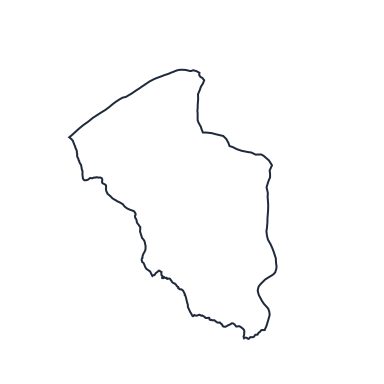 Phaxay, Xiangkhoang, Laos, rotated 31°
{"feature_id": "54806243B24491870004001", "entity_name": "Phaxay", "entity_type": "district", "adm_level": 2, "iso_a3": "LAO", "parent_name": "Laos", "parent_adm1": "Xiangkhoang", "projection": "equal_earth", "projection_center": [103.113, 19.269], "detail": "fine", "context": "isolated", "style": "outline", "palette": "slate", "viewbox_px": 384, "rotation_deg": 31, "n_neighbors": 0, "source": "geoboundaries", "source_scale": "gbopen_adm2", "svg_char_len": 6040}
<svg xmlns="http://www.w3.org/2000/svg" viewBox="0 0 384 384"><g transform="rotate(31 192 192)"><path d="M300.4,283.7L301.1,283.0L301.6,282.7L303.3,282.6L306.7,283.1L307.4,283.4L307.8,283.8L308.2,284.0L308.6,284.4L309.4,286.1L309.8,286.6L310.1,287.2L310.5,288.9L310.7,289.5L311.2,289.8L311.5,290.0L311.6,290.4L311.8,290.5L311.8,290.4L312.3,289.7L312.8,289.3L313.7,288.9L314.3,288.8L315.0,289.0L315.6,288.9L316.1,288.8L316.3,288.5L316.5,287.8L316.5,287.2L316.7,286.5L317.1,286.1L318.2,285.7L319.1,284.8L319.5,284.4L319.7,283.8L319.7,282.4L319.9,281.8L320.2,281.4L321.0,281.0L321.6,280.6L321.6,279.8L321.5,279.0L321.6,278.4L322.1,277.3L322.3,276.7L322.4,275.5L322.5,275.0L322.7,274.6L323.1,274.2L325.1,273.2L325.4,272.8L325.3,272.7L324.9,268.8L323.6,263.6L321.9,257.4L320.1,255.0L317.4,252.7L311.2,250.8L308.2,249.4L302.5,246.0L300.7,244.4L299.1,242.7L298.2,240.1L297.8,238.3L298.3,235.2L299.8,229.3L301.5,225.9L303.3,222.5L304.2,220.6L304.7,218.0L303.8,214.3L302.7,212.1L300.8,209.8L297.9,205.6L293.9,202.1L291.5,200.1L289.4,198.5L285.9,196.1L281.6,193.7L278.6,190.7L275.8,187.0L275.1,185.0L272.5,179.6L270.3,175.8L266.9,169.0L265.2,165.9L263.5,163.1L259.3,157.2L257.7,154.1L256.2,152.4L253.5,149.6L252.9,147.3L251.9,143.1L251.4,139.3L249.5,136.1L247.5,133.6L246.8,127.9L241.7,125.3L234.8,124.1L231.9,124.2L230.4,125.2L227.2,127.2L222.5,127.6L220.0,128.7L213.4,131.1L208.3,132.2L203.8,132.5L200.5,133.3L198.1,131.3L194.1,128.9L189.9,127.9L182.4,130.3L178.5,131.4L173.2,133.9L170.7,135.4L168.4,133.7L165.9,131.5L161.9,129.2L159.8,127.5L156.4,121.8L154.8,119.6L153.4,116.7L152.0,114.4L149.5,109.3L146.8,105.1L146.1,100.3L145.4,97.2L145.5,93.2L144.9,89.9L142.1,88.9L139.9,89.0L137.9,88.0L137.0,86.0L133.5,86.1L130.2,87.1L128.9,88.8L128.0,89.3L123.6,90.7L120.0,92.6L117.8,94.2L116.3,95.7L115.2,97.1L114.3,98.4L113.0,100.0L112.2,101.0L111.2,102.5L109.6,104.4L108.3,105.8L106.5,108.2L102.8,112.8L101.2,115.0L98.8,118.9L94.6,127.8L93.2,131.0L91.9,133.5L89.4,139.0L88.1,141.3L86.4,144.5L83.8,147.0L83.4,147.8L82.5,149.3L80.3,153.8L79.0,156.9L77.2,162.0L75.7,165.8L72.6,171.8L68.8,179.6L66.8,185.2L64.6,190.1L62.9,194.7L61.6,198.8L60.0,204.3L58.6,208.3L58.9,208.3L61.3,208.8L63.1,209.3L63.9,209.7L64.7,210.5L65.9,211.3L66.9,212.2L68.2,213.0L69.2,214.1L70.0,214.5L70.4,215.0L71.2,215.4L72.0,216.0L72.4,216.5L73.0,217.6L74.2,218.7L74.5,219.6L75.7,221.1L76.5,221.4L77.5,222.1L78.4,223.1L79.0,223.3L79.3,223.5L79.8,224.2L80.1,224.4L80.6,224.6L81.5,225.3L82.8,225.8L85.0,228.2L85.6,229.0L86.3,229.7L87.1,230.2L87.3,230.5L88.0,231.5L89.2,233.6L91.3,236.3L92.0,236.8L92.7,237.2L93.4,237.3L93.7,237.3L94.1,237.2L95.3,236.3L96.1,235.5L96.7,234.6L97.3,232.8L97.6,232.6L97.9,232.2L98.2,232.1L99.0,231.9L99.7,231.3L100.3,230.4L100.8,229.9L101.3,229.8L101.7,229.3L102.1,229.1L102.4,228.6L102.7,228.4L103.4,228.2L103.8,228.1L104.3,227.8L104.6,227.8L105.0,227.5L105.3,227.2L105.7,226.9L107.4,226.6L108.3,227.2L108.8,227.7L109.2,228.4L109.4,229.2L109.8,229.9L110.4,230.4L110.8,230.5L111.7,230.5L112.5,230.4L113.6,230.4L114.2,230.4L115.0,230.7L115.4,231.3L115.7,232.0L116.1,232.5L116.3,233.2L117.8,235.1L119.0,236.0L119.7,236.3L120.4,237.0L124.1,237.6L126.0,238.1L127.1,238.4L130.8,238.4L131.7,238.3L132.5,238.5L133.6,238.3L135.9,238.1L138.9,238.1L139.9,238.4L140.9,238.9L142.0,239.2L144.5,239.5L147.8,239.2L151.5,238.4L152.5,238.4L153.3,238.8L154.0,239.3L154.9,239.7L155.5,241.1L155.4,241.9L156.8,243.5L157.6,243.7L158.8,244.5L160.1,246.1L161.2,246.9L163.2,247.6L164.5,248.3L165.8,248.7L167.8,252.6L169.1,253.8L171.3,255.7L172.8,257.1L174.2,257.5L176.3,258.4L177.4,259.4L180.1,262.3L181.4,264.6L181.9,265.7L182.1,267.5L182.2,270.0L182.5,271.9L183.0,273.3L183.5,274.0L183.3,274.7L183.5,275.4L183.8,276.1L184.5,276.8L185.3,277.6L187.0,277.8L188.8,279.0L190.2,280.2L192.4,281.4L195.9,281.6L197.1,281.7L198.4,282.6L201.3,284.4L201.4,284.1L201.5,283.6L201.7,283.3L201.9,283.1L202.4,282.8L202.6,282.5L202.7,281.6L202.7,280.3L202.8,280.0L203.1,279.4L203.4,278.6L203.9,277.1L204.1,276.7L204.2,276.4L204.7,276.3L206.0,276.3L206.8,276.5L207.1,276.4L207.2,276.7L208.0,278.1L208.3,278.5L208.6,278.9L208.9,279.1L209.2,279.2L209.9,279.2L210.0,279.3L210.2,279.7L210.6,279.9L210.6,280.0L210.5,280.7L210.5,280.9L210.6,281.1L210.8,281.1L211.1,281.0L211.6,280.8L211.8,280.6L211.9,280.2L212.0,279.5L212.0,279.3L212.5,279.3L213.4,279.4L213.7,279.3L214.4,278.6L214.6,278.6L214.8,278.7L215.0,278.8L215.4,279.3L215.5,279.3L215.8,279.1L216.5,278.3L216.8,278.0L217.5,277.8L217.9,277.8L218.1,277.8L218.9,278.2L219.3,278.6L219.9,278.6L220.1,278.7L221.4,279.5L222.0,279.6L223.3,279.6L223.8,279.4L224.2,279.3L225.2,279.6L225.8,279.6L226.2,279.8L227.4,280.4L227.9,280.6L228.6,280.5L228.9,280.5L229.2,280.6L229.4,280.9L229.7,281.5L229.9,281.6L230.3,281.3L230.5,281.3L231.1,281.6L231.6,281.7L231.9,281.6L232.9,281.0L233.2,280.9L233.5,280.9L234.3,281.1L235.1,281.1L235.7,281.5L236.5,282.0L237.2,282.5L238.0,282.8L238.7,283.8L238.8,283.7L239.5,284.1L241.3,285.7L245.1,289.6L246.3,290.5L247.1,291.9L247.9,292.8L248.4,293.2L249.7,294.0L251.4,295.2L252.5,295.9L253.9,296.6L255.8,297.8L256.3,298.0L256.7,298.0L256.9,297.9L257.1,297.5L257.2,296.6L257.3,296.2L257.5,296.1L258.3,296.2L259.4,295.8L259.8,295.5L260.3,295.0L260.5,294.7L260.7,294.3L260.9,294.0L261.4,293.5L261.7,293.4L262.0,293.4L262.3,293.4L262.7,293.2L263.7,293.3L264.5,292.5L265.5,292.6L266.0,292.5L266.9,292.6L267.5,292.6L267.7,292.8L267.9,292.9L268.4,292.9L268.8,292.8L270.1,292.1L270.7,291.4L271.6,291.0L271.9,291.2L272.1,291.5L272.4,292.0L272.7,292.2L273.2,292.3L273.6,292.0L274.0,292.1L274.5,291.6L274.8,291.5L275.6,291.5L276.7,290.7L277.2,290.4L277.6,290.4L278.2,290.6L279.0,290.6L279.7,290.8L280.5,290.8L281.5,290.7L282.7,289.7L283.3,289.5L284.1,289.9L284.6,289.9L284.7,290.0L285.3,289.9L285.6,290.0L286.1,290.2L286.6,290.5L287.1,291.0L287.4,291.1L287.6,291.0L287.8,291.1L288.4,291.1L289.8,290.5L290.7,289.4L291.6,287.7L292.2,286.8L292.5,286.2L293.1,285.7L293.6,284.2L294.3,283.7L295.1,283.5L296.8,283.6L297.4,283.9L298.3,284.2L298.5,284.2L299.2,284.5L299.7,284.2L300.4,283.7Z" fill="none" stroke="#1e293b" stroke-width="2"/></g></svg>